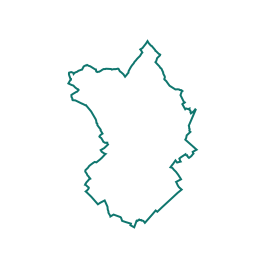 Chapab, Yucatán, Mexico, rotated 40°
{"feature_id": "50627088B60332279598838", "entity_name": "Chapab", "entity_type": "district", "adm_level": 2, "iso_a3": "MEX", "parent_name": "Mexico", "parent_adm1": "Yucatán", "projection": "robinson", "projection_center": [-89.499, 20.5], "detail": "fine", "context": "isolated", "style": "outline", "palette": "teal", "viewbox_px": 256, "rotation_deg": 40, "n_neighbors": 0, "source": "geoboundaries", "source_scale": "gbopen_adm2", "svg_char_len": 3982}
<svg xmlns="http://www.w3.org/2000/svg" viewBox="0 0 256 256"><g transform="rotate(40 128 128)"><path d="M204.3,173.3L205.0,167.0L207.0,151.5L207.0,151.4L207.7,145.8L208.7,140.7L205.1,140.6L203.3,140.1L200.1,138.6L199.5,138.4L201.6,133.2L200.2,132.7L199.8,132.6L196.3,131.5L195.4,131.3L192.8,130.7L190.0,130.5L188.0,130.1L187.4,130.1L185.8,130.8L185.6,128.3L185.6,126.5L185.2,122.3L187.8,122.9L189.9,119.9L189.2,119.7L187.0,118.4L187.3,116.6L188.9,111.2L189.3,111.5L190.4,111.4L190.8,110.9L191.6,111.3L192.8,111.7L193.9,111.7L194.5,109.3L194.6,108.0L194.5,107.1L194.6,105.5L193.5,105.1L192.9,104.7L194.5,100.5L179.4,100.1L179.0,98.3L177.7,95.9L178.0,93.5L178.3,90.9L177.6,90.9L176.7,90.6L176.0,89.2L175.3,89.1L174.0,87.7L173.1,87.2L168.1,70.5L167.5,70.5L167.6,72.7L167.3,74.5L166.8,76.3L166.1,75.9L165.7,75.8L165.5,75.3L165.2,75.0L164.5,74.6L163.9,74.6L163.5,74.6L163.2,74.4L162.6,73.6L162.0,74.8L160.0,75.7L159.8,76.9L154.3,74.8L154.5,73.4L154.7,73.2L155.1,72.0L155.1,71.9L154.0,72.1L147.1,69.1L145.7,65.5L145.9,64.7L144.6,64.7L143.2,65.6L142.5,65.6L141.3,66.3L139.5,68.0L132.7,68.9L131.0,68.5L127.9,67.7L127.3,67.5L124.7,67.4L124.3,67.2L123.9,65.9L123.6,65.5L123.4,65.2L122.6,64.7L120.7,64.0L119.6,63.3L119.1,62.7L118.6,62.6L118.0,62.2L117.3,62.0L117.0,61.8L115.6,61.1L114.9,61.0L114.4,61.2L113.0,60.8L112.5,60.6L108.9,60.2L106.7,59.9L106.6,58.5L105.4,55.8L105.8,51.8L105.5,51.1L103.7,51.4L99.9,51.1L99.5,51.3L98.6,50.8L93.3,49.9L92.5,50.2L90.4,49.8L89.7,49.8L87.1,48.9L87.5,51.8L87.6,55.1L87.7,57.5L86.9,59.9L88.3,60.2L90.5,61.0L90.4,62.0L90.9,65.1L90.6,67.9L90.5,69.8L90.6,71.1L90.5,72.4L90.5,73.4L90.8,74.8L90.8,76.6L90.8,77.5L91.0,79.4L91.2,80.5L91.9,84.0L92.8,85.4L92.7,86.7L92.8,87.7L92.8,90.6L90.0,89.8L87.7,89.7L86.8,89.7L85.3,89.8L83.8,89.2L82.8,88.8L82.3,88.9L82.0,89.1L81.7,89.7L81.3,90.1L80.9,90.5L80.5,91.1L80.0,91.5L79.6,91.7L79.2,92.1L78.0,93.7L77.1,93.7L73.0,96.8L72.7,97.5L72.2,97.9L71.4,98.6L70.8,100.1L70.6,101.1L69.9,103.0L69.7,103.5L68.8,104.3L68.5,104.9L67.3,105.1L65.8,103.8L65.2,104.2L59.4,105.0L57.8,105.7L56.1,106.0L55.9,106.9L55.6,107.2L55.3,107.3L54.5,109.3L54.6,110.0L54.8,110.4L55.0,111.8L55.3,112.7L55.0,113.1L53.2,116.1L53.1,116.7L52.9,117.6L52.4,118.4L51.7,119.8L51.6,121.5L51.1,121.1L50.5,121.0L50.3,121.0L48.5,121.7L48.4,121.9L47.3,123.5L48.0,124.6L49.2,125.5L52.3,127.3L52.8,127.1L53.3,127.8L53.0,128.5L53.7,132.2L54.1,132.1L56.0,131.6L57.1,131.3L58.9,130.6L61.4,130.9L63.7,130.8L65.0,130.4L65.7,130.6L65.7,132.2L65.7,132.8L65.2,133.6L63.9,137.3L63.4,139.1L64.7,140.5L66.5,141.2L67.2,142.1L67.8,142.2L69.9,140.7L77.2,138.9L77.3,138.8L81.4,137.8L81.4,137.6L89.1,139.0L97.7,142.1L99.0,142.9L100.6,144.4L101.0,144.3L101.7,144.4L102.7,145.5L108.1,146.8L108.5,147.5L109.5,147.8L112.1,148.7L111.8,149.6L111.4,151.2L111.5,152.2L111.5,152.8L111.6,153.0L112.4,153.1L114.0,152.9L116.8,153.9L117.9,154.4L120.0,154.1L121.2,152.8L121.5,152.6L121.8,153.1L123.3,153.5L122.7,158.7L121.3,162.5L123.2,163.1L125.6,162.8L126.2,162.8L127.5,162.3L127.4,162.8L127.1,168.2L126.9,168.9L126.9,169.6L125.9,174.6L124.3,175.4L123.8,177.0L123.0,180.3L122.7,182.0L122.7,182.6L122.9,184.1L122.5,187.7L123.3,188.9L125.7,189.5L127.5,190.4L128.8,190.4L130.1,190.9L130.5,190.8L131.7,191.1L131.2,192.2L131.2,194.4L131.1,196.3L131.2,196.9L131.2,197.3L131.3,197.5L131.3,198.2L131.5,198.6L131.6,199.0L131.9,198.8L132.2,198.8L134.9,198.9L135.8,198.8L136.3,198.9L136.7,199.5L136.8,200.3L136.8,201.4L136.7,202.5L136.4,203.8L137.6,203.8L144.3,204.3L154.0,205.8L154.8,203.1L155.6,201.1L156.7,198.5L162.9,201.5L164.8,203.4L165.4,203.8L165.8,204.0L166.5,204.4L167.5,205.5L170.9,206.7L171.4,207.1L172.6,203.6L179.5,201.1L180.3,201.2L183.2,202.9L186.8,201.5L191.7,199.4L192.3,200.9L196.6,200.1L194.8,195.1L194.4,194.2L194.2,193.6L194.2,193.3L194.3,193.1L194.7,193.1L195.0,193.1L195.2,192.2L195.4,191.0L196.0,191.1L196.8,190.4L197.1,190.1L197.4,190.3L197.8,190.3L198.2,189.8L199.6,189.3L201.9,189.8L202.2,178.4L202.2,173.4L204.3,173.3Z" fill="none" stroke="#0f766e" stroke-width="2"/></g></svg>